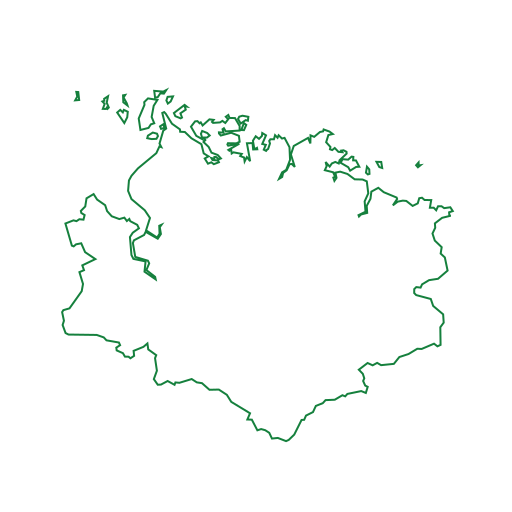 Zhejiang, Natural Earth projection, rotated 262°
{"feature_id": "CHN-1820", "entity_name": "Zhejiang", "entity_type": "Province", "adm_level": 1, "iso_a3": "CHN", "parent_name": "China", "parent_adm1": "", "projection": "natural_earth1", "projection_center": [120.785, 29.18], "detail": "fine", "context": "isolated", "style": "outline", "palette": "green", "viewbox_px": 512, "rotation_deg": 262, "n_neighbors": 0, "source": "natural_earth", "source_scale": "10m", "svg_char_len": 6122}
<svg xmlns="http://www.w3.org/2000/svg" viewBox="0 0 512 512"><g transform="rotate(262 256 256)"><path d="M339.9,103.8L334.0,106.5L327.3,113.7L321.2,114.8L315.4,118.7L311.6,125.8L312.3,131.0L308.6,133.0L310.3,135.7L308.0,136.3L303.4,142.7L299.7,143.9L296.2,137.2L292.3,133.8L274.3,132.8L270.2,134.2L266.0,145.9L256.0,143.4L246.8,153.4L249.4,153.2L257.3,145.5L263.6,149.2L266.4,148.3L271.9,136.3L286.0,135.9L288.5,137.3L292.4,148.1L295.3,150.1L286.8,161.1L291.0,164.9L297.9,164.7L300.1,166.8L299.4,164.4L291.5,163.6L288.0,160.7L296.7,150.7L308.4,156.3L316.8,152.2L329.7,140.6L338.3,138.4L348.5,140.7L352.8,143.9L359.2,151.3L371.7,171.6L377.9,175.6L377.0,177.4L380.8,176.1L393.0,181.6L394.7,184.8L410.7,183.1L411.3,185.1L409.5,186.4L398.7,191.2L392.0,198.3L389.6,198.2L388.7,202.8L381.6,208.4L374.3,217.5L364.9,218.5L361.3,222.8L359.7,218.8L354.1,221.3L355.0,224.8L352.8,227.0L354.0,232.3L355.9,231.7L357.1,226.3L359.2,225.4L358.1,228.2L359.9,228.6L359.7,230.1L356.9,232.6L357.5,234.8L361.4,232.1L364.5,226.3L370.6,224.3L376.2,219.9L377.9,222.0L380.6,220.7L380.1,223.9L381.8,226.9L384.6,224.8L387.3,220.1L384.7,218.5L379.0,219.3L383.3,213.6L393.1,209.6L397.8,214.4L397.7,216.8L395.3,218.6L396.0,219.9L392.7,221.3L397.8,228.9L396.7,233.0L394.9,231.1L393.8,232.0L393.3,239.0L394.5,241.5L392.0,244.1L395.3,247.5L398.1,245.5L399.5,248.2L396.4,249.0L395.5,254.4L387.0,257.9L382.5,257.2L383.6,243.4L387.0,242.0L386.2,240.5L382.7,241.0L383.6,236.5L382.5,236.4L380.2,237.9L381.5,248.6L377.4,255.8L371.4,255.7L370.3,252.2L371.6,243.9L370.4,243.2L369.1,243.8L369.5,255.1L364.9,243.4L363.9,244.3L364.9,246.2L360.9,246.2L361.8,248.1L359.1,256.1L357.2,254.3L355.2,257.9L351.2,257.9L355.2,260.7L350.7,263.4L368.9,262.7L368.3,268.3L361.9,268.0L361.5,272.1L362.9,272.0L362.1,270.3L363.6,269.2L370.6,269.0L374.6,272.4L371.6,275.3L374.1,278.6L376.9,279.3L374.1,282.7L366.1,277.8L364.7,281.2L360.2,278.5L358.2,281.3L359.3,280.6L360.3,282.9L365.5,285.5L368.1,285.1L369.6,286.5L369.1,290.0L373.0,291.7L370.1,293.8L372.4,295.2L368.7,298.1L369.0,300.7L359.1,304.3L346.5,303.1L337.1,297.9L335.2,293.5L329.2,289.6L330.6,292.9L334.5,294.4L336.6,298.3L342.2,302.0L342.2,304.2L338.8,306.8L351.7,304.7L359.7,308.7L365.7,324.0L359.9,325.5L367.9,326.8L365.9,330.2L369.9,336.6L370.1,339.8L371.9,340.6L369.0,346.1L366.1,349.0L365.7,344.5L358.9,341.3L353.6,344.9L351.4,344.1L350.3,346.2L352.0,349.0L347.7,352.1L346.8,355.9L348.5,355.1L348.5,357.4L346.6,360.1L344.8,360.0L339.2,352.1L336.1,350.8L338.1,347.6L337.1,344.0L334.3,341.4L339.4,338.0L335.2,338.5L331.4,336.1L328.2,344.0L323.4,345.4L322.9,343.5L319.5,344.1L322.2,346.6L327.5,346.2L327.8,351.1L324.5,358.0L318.2,364.4L316.9,372.2L314.5,376.1L302.4,375.9L295.0,371.2L284.6,370.6L282.2,363.2L280.8,363.5L282.5,365.8L283.2,372.1L290.2,372.6L296.7,377.3L303.7,379.2L306.5,386.6L301.4,391.4L294.3,403.4L292.8,403.7L287.1,398.6L290.1,403.9L290.4,409.1L289.6,412.5L283.8,418.1L285.6,423.5L290.5,425.7L290.6,428.5L288.0,430.7L287.0,437.3L279.6,434.9L279.1,438.7L276.2,440.8L279.9,443.2L279.4,446.7L277.2,449.0L277.2,455.2L273.1,457.1L272.4,453.3L269.2,453.1L268.8,454.5L267.9,445.6L263.4,437.7L259.0,437.4L253.7,433.9L246.4,435.2L238.9,441.1L232.7,439.2L228.3,442.8L214.9,443.7L208.1,433.1L208.0,424.0L204.8,416.5L201.8,414.6L202.9,410.4L201.2,408.1L197.3,407.5L195.0,409.2L189.1,423.1L181.9,424.5L172.2,433.2L163.9,432.6L159.8,428.6L142.3,426.4L141.3,423.1L144.4,420.1L140.9,407.1L141.7,402.8L137.7,393.4L136.0,383.9L130.0,377.5L130.5,364.7L133.3,361.1L131.5,356.3L134.5,351.6L129.1,342.0L124.4,345.4L119.8,346.2L117.3,344.7L112.5,346.1L110.9,348.4L105.1,345.7L107.6,341.4L106.7,327.3L104.6,324.8L106.1,322.2L102.7,314.0L103.6,304.8L101.0,301.7L99.2,294.4L93.5,290.7L91.0,283.3L87.1,280.9L87.3,278.3L73.8,269.0L69.3,262.8L68.5,260.0L72.8,252.3L73.0,246.4L79.1,244.5L82.2,240.9L83.9,237.0L83.2,233.1L94.5,229.1L95.3,224.7L101.1,228.2L115.0,211.2L122.6,207.8L128.9,200.6L130.0,191.3L137.6,184.8L139.1,179.8L143.1,175.2L141.1,162.5L142.0,158.6L139.8,157.4L144.5,151.1L141.9,144.0L142.2,140.8L148.3,137.7L156.2,141.9L168.9,141.8L171.7,143.4L178.5,136.3L184.5,136.3L181.7,131.9L179.1,121.6L174.1,121.4L172.2,117.4L174.0,115.8L174.6,112.2L178.3,110.7L181.9,104.9L184.7,104.9L186.6,109.0L189.4,108.2L193.3,96.2L196.6,93.9L200.0,87.3L204.3,59.4L206.2,56.7L214.6,54.9L218.6,56.8L227.4,56.2L229.2,57.7L230.1,64.0L245.4,78.5L252.4,80.8L264.6,78.9L265.9,83.7L270.9,82.7L275.3,96.5L283.6,87.3L292.9,84.7L292.6,79.4L290.9,76.8L291.9,75.1L314.7,71.8L316.7,80.2L315.5,83.1L317.0,86.2L316.0,90.2L320.4,92.0L322.9,89.0L325.0,88.8L328.8,93.8L336.7,96.2L339.9,103.8ZM427.1,171.0L424.3,180.1L419.0,175.6L408.2,172.0L401.6,173.7L401.0,170.2L397.8,167.4L396.9,159.1L408.5,159.0L421.2,166.6L423.9,166.7L427.1,171.0ZM338.6,360.7L341.1,364.5L340.6,366.2L337.2,365.5L336.7,368.3L330.0,370.7L330.3,367.6L327.4,361.1L331.1,359.7L336.6,352.7L339.8,355.3L338.6,360.7ZM419.6,141.9L416.8,144.1L419.1,145.5L416.7,149.1L411.3,147.8L406.0,144.1L417.4,138.5L419.6,141.9ZM409.0,194.6L415.6,206.3L413.6,208.2L414.2,206.2L410.7,206.8L407.8,201.0L403.4,202.0L402.8,200.5L405.7,195.6L409.0,194.6ZM396.8,262.1L394.9,267.8L391.1,266.8L392.0,264.7L389.3,259.3L394.2,257.3L396.3,258.8L396.8,262.1ZM390.2,165.7L392.6,171.0L390.9,175.0L388.4,175.6L385.9,173.7L386.3,168.9L387.8,164.7L390.2,165.7ZM433.7,178.2L431.7,187.1L432.8,190.2L429.6,187.4L430.4,183.9L426.9,180.7L427.0,178.1L433.7,178.2ZM432.8,127.5L434.8,131.7L428.6,129.5L423.5,130.9L422.4,129.5L423.6,128.9L422.5,128.0L423.0,124.8L427.7,127.3L430.4,125.4L430.8,127.4L432.8,127.5ZM425.9,190.6L425.6,196.0L420.9,193.0L419.2,189.9L422.5,188.9L425.9,190.6ZM431.4,146.9L425.2,149.3L422.9,149.7L426.7,146.0L433.6,146.7L433.7,148.9L431.4,146.9ZM382.8,259.0L389.3,262.5L387.2,264.6L382.3,261.6L382.8,259.0ZM321.5,379.8L321.2,378.1L323.2,376.5L329.0,378.3L326.0,380.2L321.5,379.8ZM443.5,100.9L443.1,102.8L435.1,102.6L435.3,98.6L438.8,101.2L443.5,100.9ZM332.5,388.4L331.7,393.1L325.6,393.2L326.9,390.5L332.5,388.4ZM397.7,179.0L399.4,182.7L395.6,183.1L395.1,179.7L397.7,179.0ZM323.6,427.2L326.0,430.0L323.0,429.7L323.0,431.5L321.3,428.7L323.6,427.2Z" fill="none" stroke="#15803d" stroke-width="2"/></g></svg>